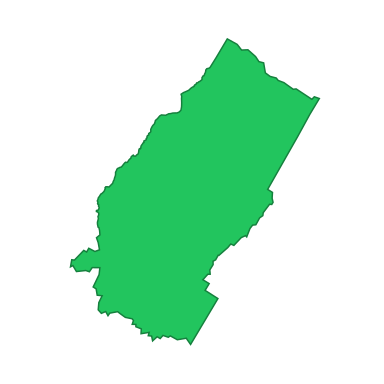 Linn, Oregon, United States of America, rotated 301°
{"feature_id": "52423323B85649045718623", "entity_name": "Linn", "entity_type": "district", "adm_level": 2, "iso_a3": "USA", "parent_name": "United States of America", "parent_adm1": "Oregon", "projection": "natural_earth1", "projection_center": [-122.562, 44.497], "detail": "fine", "context": "isolated", "style": "filled", "palette": "green", "viewbox_px": 384, "rotation_deg": 301, "n_neighbors": 0, "source": "geoboundaries", "source_scale": "gbopen_adm2", "svg_char_len": 3747}
<svg xmlns="http://www.w3.org/2000/svg" viewBox="0 0 384 384"><g transform="rotate(301 192 192)"><path d="M65.3,126.4L67.6,127.8L64.3,133.9L70.0,141.4L70.8,145.1L75.8,145.4L79.7,152.0L73.4,154.9L59.7,156.2L59.6,159.7L54.7,163.9L56.8,168.4L49.2,169.1L42.7,172.3L41.3,176.8L45.1,179.6L42.7,183.7L45.8,183.9L51.1,189.9L50.7,193.5L50.2,199.4L52.5,206.0L51.7,208.0L47.8,208.9L49.6,212.1L47.6,213.3L48.6,219.0L44.3,221.3L49.6,227.6L46.3,228.5L47.7,231.6L44.1,234.9L50.0,236.7L50.0,240.2L54.1,241.0L55.3,246.5L57.5,247.5L57.8,255.5L63.7,262.4L60.6,269.3L114.0,269.1L114.4,253.9L122.3,253.9L122.4,246.5L129.6,247.9L130.9,249.9L134.4,247.4L140.6,247.5L143.5,245.7L146.0,247.2L151.3,247.0L151.5,247.7L162.8,251.3L167.4,252.0L167.8,255.4L178.3,257.7L182.1,260.3L181.7,262.0L190.6,260.5L194.8,261.0L196.8,263.6L204.7,263.3L208.2,264.9L211.0,263.7L221.4,264.8L222.4,266.8L224.9,266.8L227.9,263.9L233.1,261.2L233.2,255.5L294.4,254.0L319.3,253.0L337.7,253.0L336.6,247.8L333.2,247.0L334.0,228.2L332.2,225.9L332.7,219.1L333.1,214.5L332.0,208.4L333.1,205.5L331.3,199.4L331.9,193.5L339.6,186.9L338.2,182.2L340.8,176.8L342.7,166.7L339.2,161.4L341.8,154.7L341.4,143.4L338.4,143.4L319.5,143.5L308.0,143.3L307.0,142.9L306.2,142.1L305.3,141.2L303.7,141.0L301.8,141.8L300.6,142.0L299.7,142.0L298.9,142.2L297.9,142.4L297.2,141.7L295.1,141.7L293.6,142.7L292.3,142.3L290.8,141.7L289.8,141.0L288.6,140.7L287.9,139.8L286.3,139.9L285.2,139.2L284.2,139.1L283.8,139.4L282.9,139.1L282.4,138.5L280.4,137.6L277.5,136.8L275.3,135.3L274.3,134.6L272.8,133.5L270.2,132.3L268.6,134.0L266.7,134.9L263.5,137.0L261.6,138.1L259.6,139.2L256.5,140.4L254.1,139.9L252.1,138.5L249.9,135.0L248.2,133.3L247.1,131.8L244.2,129.9L242.3,126.1L240.7,125.2L239.6,125.0L238.1,124.8L236.6,124.5L235.5,124.1L234.4,123.8L232.9,124.3L231.8,124.5L231.4,124.7L230.2,124.5L229.2,124.2L227.8,124.1L226.2,124.2L225.2,124.3L224.4,124.4L223.2,125.2L222.7,125.5L222.1,125.6L221.8,125.6L221.1,125.3L220.4,125.0L219.8,124.8L219.4,125.2L218.9,125.4L218.4,125.5L217.9,125.1L217.5,124.8L217.0,124.8L216.6,124.9L216.0,125.0L215.8,125.3L215.4,125.6L214.9,125.4L214.3,125.2L213.9,125.4L213.4,125.8L212.9,125.7L212.3,125.4L211.8,125.0L211.3,124.7L210.9,124.5L210.4,124.8L209.9,125.1L209.7,125.3L209.4,125.1L209.2,124.9L208.7,124.8L208.1,124.8L207.3,124.8L206.5,124.7L205.8,124.6L205.2,124.7L204.5,124.9L203.8,125.2L203.4,125.4L202.8,125.6L202.6,125.6L202.6,125.3L202.6,125.1L202.2,124.8L201.7,124.6L200.8,124.8L200.0,125.1L198.9,125.6L197.9,126.0L196.7,126.2L195.6,125.6L194.3,125.3L193.7,125.2L193.3,124.7L193.2,124.2L192.9,123.4L193.2,123.1L193.4,122.7L193.1,122.5L192.3,122.2L191.2,121.8L190.5,121.8L189.9,122.0L189.2,122.2L188.3,121.7L186.8,121.4L185.4,121.4L184.2,121.4L183.6,120.6L183.4,119.8L182.8,119.5L181.9,119.3L180.7,119.1L178.9,118.9L177.0,118.6L176.1,117.6L175.2,117.1L174.0,116.2L172.9,115.9L171.5,116.2L169.6,116.3L168.8,116.7L168.2,117.2L166.2,118.0L164.4,118.3L162.2,119.0L160.6,119.0L159.3,119.4L158.2,119.5L157.5,119.2L156.6,119.0L155.7,118.8L153.6,118.3L152.6,116.2L152.0,115.4L150.7,115.3L150.4,115.9L147.2,116.3L144.5,115.6L143.2,114.9L142.0,114.9L140.7,114.9L139.8,114.8L138.7,114.7L137.8,115.0L137.0,115.3L135.9,115.3L135.4,115.6L135.2,116.2L134.3,116.9L133.7,116.9L133.1,117.4L133.2,118.2L132.9,118.7L132.3,118.9L131.8,119.0L131.3,119.8L130.8,120.5L130.0,120.7L129.4,120.8L128.7,120.8L128.0,120.8L127.5,120.3L127.0,119.7L126.4,119.8L126.0,120.2L126.3,120.9L126.2,121.7L125.9,122.8L124.9,123.5L124.3,123.8L123.7,123.9L123.1,124.0L122.6,124.0L120.9,125.5L117.4,126.5L115.8,127.5L113.5,129.6L113.4,130.7L111.4,132.6L107.8,135.2L103.6,133.7L100.3,137.7L94.8,142.5L91.0,139.4L90.6,132.5L86.3,132.6L86.2,129.3L73.1,126.3L72.0,123.8L65.3,126.4Z" fill="#22c55e" stroke="#15803d" stroke-width="1.5"/></g></svg>